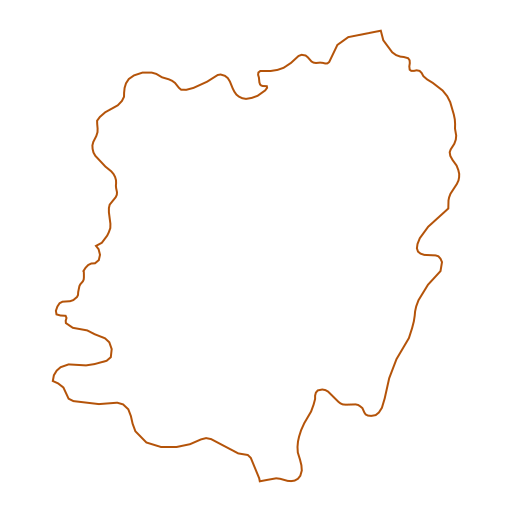 the border of Caras-Severin
{"feature_id": "ROU-278", "entity_name": "Caras-Severin", "entity_type": "County", "adm_level": 1, "iso_a3": "ROU", "parent_name": "Romania", "parent_adm1": "", "projection": "orthographic", "projection_center": [21.99, 45.13], "detail": "fine", "context": "isolated", "style": "outline", "palette": "amber", "viewbox_px": 512, "rotation_deg": 0, "n_neighbors": 0, "source": "natural_earth", "source_scale": "10m", "svg_char_len": 3240}
<svg xmlns="http://www.w3.org/2000/svg" viewBox="0 0 512 512"><path d="M86.0,365.4L94.4,364.1L106.6,360.8L110.8,357.2L111.7,349.1L109.3,342.3L105.0,338.3L94.6,334.2L87.2,330.4L72.8,327.8L65.9,323.1L65.7,320.8L66.5,318.0L65.6,315.8L60.5,315.5L56.5,314.4L55.9,310.8L57.4,306.5L59.6,303.2L62.5,301.7L70.1,301.2L73.3,300.1L77.0,297.0L78.0,295.0L78.2,292.0L79.4,286.1L80.3,284.3L82.9,281.3L83.7,279.5L83.9,277.4L83.9,274.3L83.8,271.7L83.4,271.1L85.6,267.7L88.2,265.0L91.3,263.5L95.0,263.3L98.8,260.1L100.0,254.8L98.6,249.2L96.0,245.9L101.8,242.8L107.2,235.6L108.8,232.3L110.3,228.1L110.4,223.8L108.9,212.3L108.9,208.0L109.7,204.6L115.7,197.2L116.8,194.8L117.0,192.3L116.1,188.0L115.9,185.8L116.1,183.1L116.0,180.2L115.1,177.0L113.5,174.0L111.2,171.3L105.4,166.6L95.3,155.8L93.5,152.6L92.6,148.9L92.4,145.4L93.3,141.9L96.3,136.0L97.5,132.2L97.6,128.6L97.2,124.1L97.1,120.7L99.9,116.9L105.3,112.2L117.8,105.3L121.9,101.0L124.0,96.8L124.1,92.7L124.6,87.9L126.0,83.3L128.8,79.0L134.0,75.4L142.5,72.6L151.7,72.6L156.3,73.9L162.0,77.3L168.8,79.3L172.1,80.8L175.0,82.9L178.9,87.8L181.1,89.7L186.3,89.8L193.5,87.9L207.1,81.7L217.7,75.0L220.6,74.5L224.9,75.8L227.8,78.1L229.9,81.5L232.7,88.4L234.3,91.6L236.4,94.6L238.9,96.6L242.2,98.2L246.0,98.9L251.8,97.9L257.6,95.8L265.2,90.4L267.1,87.8L266.8,86.2L262.7,86.0L261.2,85.5L260.1,84.5L259.4,82.4L258.9,77.5L258.1,74.8L258.4,72.5L260.3,71.0L270.6,71.0L277.5,69.9L283.6,67.8L291.0,62.9L298.5,56.0L301.6,54.8L305.6,55.5L307.8,57.3L311.5,61.5L313.5,62.6L316.0,63.0L320.1,62.6L322.9,62.9L325.3,63.5L327.4,63.4L329.2,62.0L337.4,44.9L348.3,37.1L380.8,30.7L383.3,40.3L392.2,52.3L396.1,55.1L400.3,56.6L403.8,57.0L408.1,58.2L409.6,60.3L409.8,63.2L409.3,66.4L409.7,69.7L411.3,70.9L413.9,70.9L416.6,70.3L419.6,70.9L421.6,72.9L423.4,76.2L427.1,79.4L432.8,82.9L442.6,90.5L447.2,96.2L450.2,102.1L453.8,114.5L454.8,119.4L455.1,124.1L455.0,128.6L456.2,135.6L455.8,139.6L454.3,143.8L450.7,149.4L449.7,152.2L450.3,155.9L452.5,159.9L456.6,165.6L458.3,170.0L459.2,173.9L459.1,177.3L458.5,180.4L456.9,183.9L450.5,193.7L449.1,197.4L448.5,200.4L448.3,208.5L428.2,226.7L419.8,238.2L417.5,244.0L416.9,248.3L418.0,251.6L420.5,253.6L424.3,254.9L435.6,255.4L438.4,256.3L440.5,258.7L442.0,262.1L440.5,271.1L428.0,284.7L418.5,300.2L416.2,306.4L415.1,311.4L414.7,315.8L413.8,321.5L412.1,328.1L408.9,338.1L396.5,359.1L389.2,378.2L384.7,398.4L381.9,407.8L378.9,412.5L375.7,415.1L371.3,415.9L368.0,415.6L365.7,414.5L364.4,412.6L362.4,408.1L360.3,406.4L358.2,405.0L355.6,404.4L345.8,404.7L342.7,404.4L340.5,403.4L338.5,401.9L328.1,391.6L325.4,390.1L322.3,389.5L317.8,390.4L315.9,392.6L315.1,395.6L315.1,399.0L313.6,404.6L311.1,411.5L304.3,423.1L301.1,430.2L299.1,436.5L298.0,441.4L297.5,446.9L297.8,452.5L300.0,459.6L301.4,465.3L301.8,470.5L300.3,475.8L297.9,478.8L294.6,480.6L291.2,481.1L287.7,480.9L280.2,478.8L276.2,478.3L267.2,479.9L259.8,481.3L259.2,478.3L250.8,457.9L247.8,455.0L238.2,453.4L211.1,439.1L206.1,438.1L201.0,439.4L190.0,444.2L176.5,447.0L161.0,447.0L146.4,442.5L135.4,431.3L132.6,423.7L130.9,416.1L128.3,409.3L123.1,404.4L117.2,402.7L98.9,404.1L73.4,401.1L68.6,398.7L63.4,387.5L58.1,383.4L57.9,383.3L52.8,381.0L53.9,375.2L56.7,370.6L60.6,367.2L68.6,364.4L86.0,365.4Z" fill="none" stroke="#b45309" stroke-width="2"/></svg>